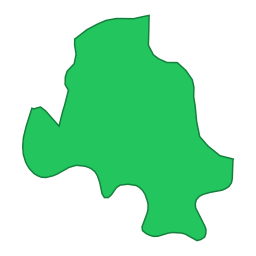 outline of Sudong, Hamgyŏng-namdo, North Korea
{"feature_id": "82179303B18733431209554", "entity_name": "Sudong", "entity_type": "district", "adm_level": 2, "iso_a3": "PRK", "parent_name": "North Korea", "parent_adm1": "Hamgyŏng-namdo", "projection": "mercator", "projection_center": [126.895, 39.37], "detail": "fine", "context": "isolated", "style": "filled", "palette": "green", "viewbox_px": 256, "rotation_deg": 0, "n_neighbors": 0, "source": "geoboundaries", "source_scale": "gbopen_adm2", "svg_char_len": 1392}
<svg xmlns="http://www.w3.org/2000/svg" viewBox="0 0 256 256"><path d="M233.3,159.1L219.9,155.7L208.0,146.1L199.7,136.6L196.6,121.5L195.2,106.3L193.7,96.8L193.9,87.3L192.3,79.8L185.7,70.2L184.6,69.3L177.3,62.6L166.9,62.5L158.4,58.7L153.4,54.8L148.4,45.3L148.6,37.7L148.8,30.2L149.0,18.8L149.1,15.4L142.2,16.8L133.6,18.7L126.7,18.6L116.4,18.5L106.0,20.4L97.4,24.1L86.9,29.7L74.7,39.1L74.6,44.8L76.1,54.3L74.2,63.7L67.1,71.3L65.3,76.9L65.1,84.5L68.4,90.2L66.5,97.8L64.6,105.3L62.8,111.0L60.9,118.6L59.0,126.1L50.6,116.6L45.6,110.9L40.5,107.0L33.6,108.9L31.9,108.2L26.2,126.2L23.4,137.7L22.7,146.4L23.4,154.7L25.6,161.9L27.7,166.0L30.0,169.4L30.1,169.5L34.1,173.6L37.8,175.8L41.4,177.2L45.8,177.5L53.0,175.8L57.3,174.0L69.0,167.4L76.2,165.3L85.1,166.2L88.6,167.4L91.7,169.0L95.1,171.9L97.4,175.7L99.7,182.3L102.1,193.8L104.4,197.6L108.2,197.6L111.3,194.9L116.4,187.6L120.2,185.1L127.9,184.2L136.1,185.5L139.2,187.2L142.4,190.2L144.9,194.0L147.2,200.6L148.1,204.3L148.0,209.1L147.2,213.0L142.0,227.0L142.5,230.6L146.2,233.6L150.3,235.5L153.9,236.4L158.0,236.2L168.5,233.0L172.6,232.5L181.3,233.0L185.1,234.0L197.0,240.6L200.7,239.6L204.5,237.2L205.8,233.8L206.0,229.4L204.8,226.1L195.6,207.9L195.3,203.6L196.3,199.8L199.2,196.4L203.3,194.3L210.5,192.3L222.0,190.2L225.1,188.9L228.9,186.6L231.5,182.6L232.3,178.5L232.9,160.5L233.3,159.1Z" fill="#22c55e" stroke="#15803d" stroke-width="1.5"/></svg>